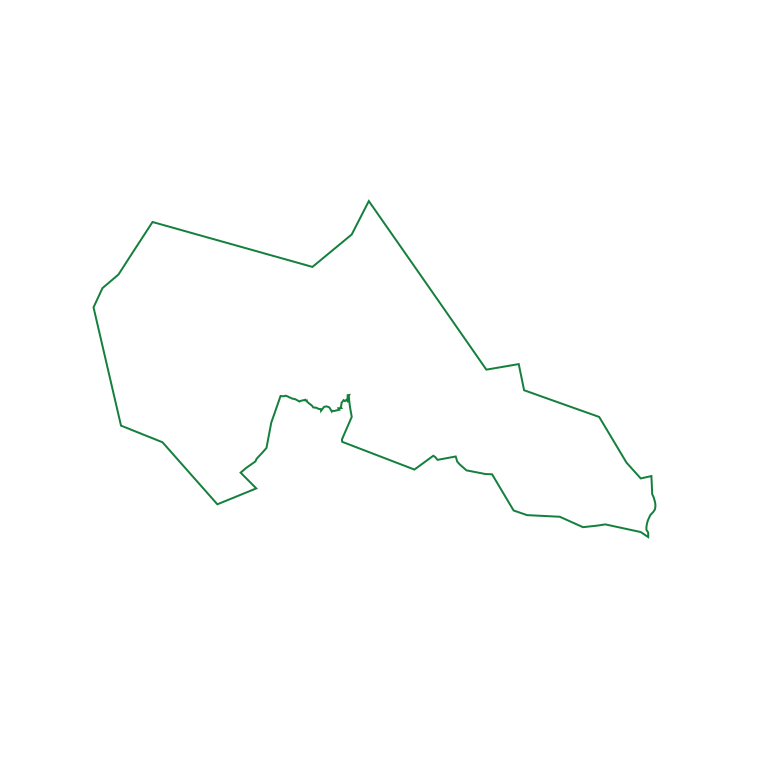 outline of Santo Domingo Roayaga, Oaxaca, Mexico, rotated 19°
{"feature_id": "50627088B4336628154898", "entity_name": "Santo Domingo Roayaga", "entity_type": "district", "adm_level": 2, "iso_a3": "MEX", "parent_name": "Mexico", "parent_adm1": "Oaxaca", "projection": "mercator", "projection_center": [-96.053, 17.333], "detail": "fine", "context": "isolated", "style": "outline", "palette": "green", "viewbox_px": 768, "rotation_deg": 19, "n_neighbors": 0, "source": "geoboundaries", "source_scale": "gbopen_adm2", "svg_char_len": 1553}
<svg xmlns="http://www.w3.org/2000/svg" viewBox="0 0 768 768"><g transform="rotate(19 384 384)"><path d="M84.4,406.1L148.9,509.0L172.9,510.2L193.5,511.2L265.6,552.0L297.2,524.3L277.3,514.5L280.9,508.4L287.6,499.1L287.9,496.1L291.5,488.1L293.7,482.7L290.0,457.4L290.1,429.0L292.9,428.4L294.8,427.1L297.0,427.1L299.0,427.5L300.4,427.4L302.0,427.7L304.5,427.3L306.0,427.4L309.8,428.1L310.5,427.2L312.1,426.2L314.5,424.7L314.6,425.2L316.4,424.7L316.7,425.6L319.3,426.7L322.7,427.8L324.8,429.2L327.5,428.5L330.6,428.8L332.5,428.3L333.2,429.8L334.8,425.1L336.9,423.9L339.2,423.8L340.3,424.2L343.6,427.0L343.7,426.3L345.9,425.6L350.1,422.9L348.8,421.8L351.5,420.6L350.6,419.8L350.7,419.0L350.0,415.6L351.1,412.4L352.6,412.9L353.6,411.2L354.8,411.9L353.9,408.3L353.3,406.4L354.7,405.7L354.6,406.7L356.5,411.0L359.4,417.0L364.2,425.6L362.3,449.9L362.8,451.5L363.4,452.3L440.6,455.0L454.0,435.8L456.0,436.3L459.3,438.3L475.4,429.2L478.6,433.6L482.0,435.5L490.1,438.8L509.2,436.1L515.6,434.2L547.7,461.4L557.0,461.4L562.0,461.4L593.4,452.3L618.7,454.6L631.5,448.6L638.9,444.7L674.9,440.4L683.6,442.7L682.9,440.4L682.0,438.3L680.7,437.3L679.9,436.8L679.1,435.2L678.5,433.0L678.1,430.2L677.9,427.3L678.1,424.9L678.5,421.1L679.3,419.5L680.3,417.2L681.0,414.2L680.3,410.7L679.0,407.9L677.5,405.7L675.9,403.4L673.5,400.9L666.8,384.0L657.5,389.7L638.9,379.4L598.2,345.1L518.5,344.3L504.9,321.3L476.1,337.1L393.0,276.4L310.1,216.0L304.8,253.1L278.2,296.6L112.4,306.2L102.7,344.9L97.3,366.9L86.6,385.0L84.4,406.1Z" fill="none" stroke="#15803d" stroke-width="2"/></g></svg>